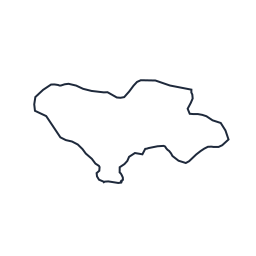 outline of Tokat, rotated 202°
{"feature_id": "TUR-2297", "entity_name": "Tokat", "entity_type": "Province", "adm_level": 1, "iso_a3": "TUR", "parent_name": "Turkey", "parent_adm1": "", "projection": "orthographic", "projection_center": [36.489, 40.417], "detail": "fine", "context": "isolated", "style": "outline", "palette": "slate", "viewbox_px": 256, "rotation_deg": 202, "n_neighbors": 0, "source": "natural_earth", "source_scale": "10m", "svg_char_len": 1288}
<svg xmlns="http://www.w3.org/2000/svg" viewBox="0 0 256 256"><g transform="rotate(202 128 128)"><path d="M140.2,74.4L138.6,77.6L139.7,81.1L140.8,82.0L144.9,82.8L150.0,85.9L157.6,88.5L162.3,91.4L168.4,93.9L174.9,94.5L181.1,93.5L187.2,94.0L208.3,108.4L220.7,109.1L223.8,114.8L225.5,122.0L221.0,131.6L215.6,139.5L212.3,140.9L208.9,141.7L207.5,141.7L206.2,142.2L203.1,144.8L199.7,146.7L192.0,147.9L184.3,147.5L175.7,148.7L163.7,152.0L160.4,153.5L149.8,152.1L146.3,153.2L143.1,155.2L140.6,162.2L138.7,169.4L136.9,174.1L134.0,177.1L120.4,182.3L105.1,183.1L83.6,187.3L82.6,184.7L80.9,183.1L79.1,179.6L79.2,174.9L79.9,168.2L76.1,164.3L72.3,165.5L68.4,167.1L64.1,168.0L59.7,168.3L52.5,166.8L43.9,167.4L36.7,162.2L30.5,155.0L34.2,147.3L36.9,144.4L41.9,142.4L43.6,142.0L46.9,140.5L49.6,137.4L52.0,133.9L54.8,129.1L58.9,120.1L61.3,117.2L68.9,116.6L76.3,118.7L78.6,120.6L81.2,122.1L83.2,122.6L85.0,123.5L86.6,124.7L88.2,124.8L93.8,122.1L101.4,117.1L102.8,115.9L103.5,115.5L104.2,115.1L104.8,109.0L112.2,107.4L116.2,101.7L116.3,97.2L117.8,93.2L121.0,88.5L119.1,83.7L117.6,83.1L116.2,82.0L114.3,80.2L113.3,78.1L114.5,76.5L114.5,75.7L113.8,75.7L113.8,74.9L116.4,73.4L126.3,71.1L129.4,69.6L130.1,68.7L130.6,69.1L135.5,69.2L138.6,71.5L140.2,74.4Z" fill="none" stroke="#1e293b" stroke-width="2"/></g></svg>